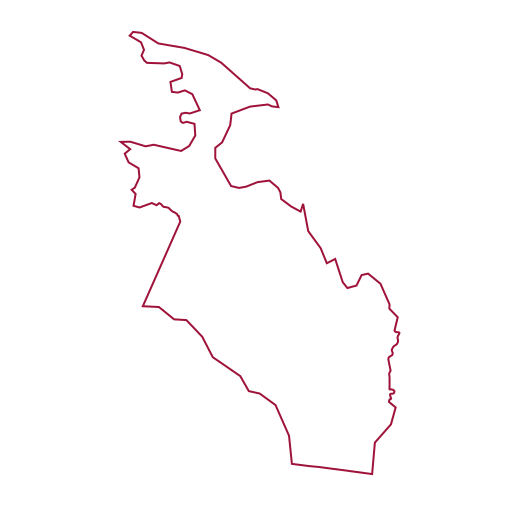 Queen Anne's, Maryland, United States of America (Natural Earth projection), rotated 101°
{"feature_id": "52423323B53512454602615", "entity_name": "Queen Anne's", "entity_type": "district", "adm_level": 2, "iso_a3": "USA", "parent_name": "United States of America", "parent_adm1": "Maryland", "projection": "natural_earth1", "projection_center": [-76.091, 39.048], "detail": "fine", "context": "isolated", "style": "outline", "palette": "rose", "viewbox_px": 512, "rotation_deg": 101, "n_neighbors": 0, "source": "geoboundaries", "source_scale": "gbopen_adm2", "svg_char_len": 2281}
<svg xmlns="http://www.w3.org/2000/svg" viewBox="0 0 512 512"><g transform="rotate(101 256 256)"><path d="M195.8,219.7L203.9,220.7L200.6,231.2L198.7,235.0L195.3,242.1L188.9,244.2L185.0,247.3L179.4,257.2L183.2,268.6L189.9,279.1L192.4,285.6L192.1,293.8L168.0,314.6L157.6,316.6L151.1,311.1L150.7,310.9L132.6,306.3L128.0,306.6L120.9,307.2L110.5,290.4L105.0,273.2L106.1,268.7L105.6,262.4L99.4,265.8L94.0,275.4L91.9,286.4L92.7,288.5L92.5,293.8L72.9,327.0L67.9,341.2L65.4,366.0L66.0,392.4L58.8,410.8L59.5,419.4L63.8,422.0L68.2,409.6L75.0,405.3L81.2,406.6L85.3,403.1L87.2,399.9L84.5,382.9L82.5,377.8L84.0,367.3L84.0,367.2L91.5,363.1L95.4,363.0L101.4,373.2L110.9,369.9L110.5,364.0L107.0,357.4L109.3,349.4L123.6,339.0L128.7,348.1L128.9,352.6L130.4,356.2L134.1,357.1L138.3,355.5L139.3,353.2L137.6,349.8L137.5,349.7L138.0,341.6L147.7,339.0L149.4,338.6L160.8,342.6L167.2,349.6L166.3,377.6L169.4,385.3L167.8,401.2L169.0,406.9L169.8,410.5L175.1,399.9L180.6,404.4L188.4,398.9L192.3,388.0L201.0,385.4L212.1,388.0L214.7,390.7L218.1,386.0L230.1,385.8L230.6,379.6L223.9,368.4L225.1,363.3L222.6,361.1L223.1,359.2L224.5,357.6L225.5,355.7L225.2,353.9L225.4,351.0L227.1,348.6L228.4,346.0L228.8,344.0L230.0,341.3L231.3,340.6L231.4,339.5L236.7,336.9L326.9,357.5L324.6,341.6L333.8,324.3L332.2,312.1L345.5,293.4L363.6,279.1L376.9,248.5L390.0,237.3L390.3,226.2L398.6,208.4L426.1,189.3L453.2,181.1L453.2,180.9L452.1,164.0L451.1,153.9L447.9,100.4L416.5,103.7L395.5,91.4L378.0,90.0L373.9,97.6L372.2,97.7L371.2,97.4L370.9,96.5L370.2,96.2L368.8,96.9L366.7,98.0L366.0,97.9L365.5,97.3L364.9,95.1L364.1,94.4L362.8,94.2L362.0,94.6L361.3,95.5L361.1,97.3L361.2,98.3L361.5,99.1L361.3,99.4L360.8,99.7L359.1,99.9L349.8,101.7L346.7,102.7L345.5,102.8L344.4,102.5L342.9,102.0L332.2,106.4L330.5,106.4L329.7,106.0L327.3,103.4L325.3,103.2L322.6,104.8L321.1,104.6L318.5,103.7L315.8,101.0L313.6,100.3L311.9,100.4L309.3,101.5L308.2,101.5L307.3,101.4L306.5,101.1L305.7,100.8L305.0,100.6L304.6,100.5L304.2,100.5L303.9,100.8L303.7,101.3L303.7,101.9L303.9,103.4L303.9,104.2L303.7,104.9L303.1,105.5L302.7,105.8L289.1,105.2L282.2,115.1L278.0,115.7L259.5,128.5L251.9,142.6L254.6,148.7L265.8,151.7L270.0,160.2L265.1,165.9L243.8,177.7L249.6,185.1L236.0,194.0L221.6,209.5L195.8,219.7Z" fill="none" stroke="#9f1239" stroke-width="2"/></g></svg>